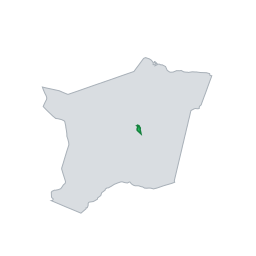 South Imenti, Eastern, Kenya (highlighted), rotated 251°
{"feature_id": "3690345B43224395015109", "entity_name": "South Imenti", "entity_type": "district", "adm_level": 2, "iso_a3": "KEN", "parent_name": "Kenya", "parent_adm1": "Eastern", "projection": "robinson", "projection_center": [37.719, -0.117], "detail": "fine", "context": "in_parent", "style": "filled", "palette": "green", "viewbox_px": 256, "rotation_deg": 251, "n_neighbors": 0, "source": "geoboundaries", "source_scale": "gbopen_adm2", "svg_char_len": 3625}
<svg xmlns="http://www.w3.org/2000/svg" viewBox="0 0 256 256"><g transform="rotate(251 128 128)"><path d="M61.5,154.5L61.4,151.3L61.8,143.1L61.8,135.9L62.1,132.3L63.7,130.0L64.4,128.3L65.0,126.0L65.8,124.1L67.6,122.6L68.0,121.7L69.9,119.2L71.1,115.9L72.0,114.7L73.1,113.7L73.9,113.2L75.2,112.6L76.2,112.3L76.4,112.0L76.5,111.5L76.2,109.5L76.6,108.8L77.3,107.4L78.1,106.2L78.8,105.3L79.2,104.5L79.4,103.1L79.4,102.0L79.4,100.4L79.2,96.6L78.4,93.4L77.8,89.9L78.2,88.7L77.6,86.6L77.2,86.5L76.7,86.1L76.0,84.1L75.5,82.3L75.2,81.9L73.0,80.3L71.8,76.6L70.6,75.8L69.9,72.1L69.8,71.1L70.5,67.4L70.4,66.6L69.7,65.8L67.6,65.0L65.9,63.5L66.1,63.0L66.2,62.4L65.3,62.1L62.8,55.8L66.1,52.1L69.5,48.3L73.8,43.4L77.8,39.0L81.2,35.2L84.3,31.8L84.2,32.4L84.3,33.3L84.6,33.8L85.3,34.2L86.1,33.8L86.9,33.3L87.7,33.2L92.3,34.6L93.0,35.8L93.0,37.2L93.2,38.1L92.8,39.1L92.4,42.0L92.5,44.7L93.9,46.7L95.2,48.3L96.1,50.5L96.9,51.1L97.9,51.5L101.0,51.6L105.7,51.7L110.2,51.9L110.6,51.9L111.6,52.2L115.7,55.2L119.5,57.9L122.8,60.3L125.9,62.5L128.9,64.8L131.3,66.6L133.6,67.2L137.4,67.5L140.0,67.5L142.4,68.3L146.0,69.0L148.6,69.4L150.3,69.8L154.7,70.3L155.5,70.0L157.5,68.0L159.7,64.6L160.5,62.8L163.4,61.0L168.4,58.4L172.0,56.6L175.9,54.8L177.7,56.4L180.2,58.9L181.3,60.1L182.2,60.7L183.5,61.1L185.2,61.1L186.0,61.0L187.9,60.7L192.1,60.4L194.6,60.4L192.5,63.7L190.1,67.7L185.6,75.1L182.1,78.9L179.5,81.9L179.3,82.4L179.3,85.6L179.3,93.6L179.4,109.5L179.4,125.4L179.5,141.4L179.5,149.3L179.5,152.0L181.8,155.3L184.0,158.6L187.0,162.9L188.6,165.3L188.8,166.0L188.8,167.6L186.3,170.8L184.3,172.3L181.7,173.0L180.8,172.9L179.8,172.4L179.4,173.2L179.1,174.4L178.5,174.1L178.0,173.8L178.3,175.9L178.6,177.0L178.2,178.4L176.9,179.7L176.7,180.8L173.9,183.5L169.9,183.8L167.8,185.2L166.9,186.3L166.2,188.8L166.4,192.6L165.3,195.5L165.1,197.0L163.0,198.9L162.1,200.6L161.4,202.4L160.9,203.1L160.2,207.1L159.2,209.5L158.9,210.3L158.7,211.0L157.9,212.4L157.5,213.4L157.1,214.0L154.7,220.2L152.8,222.9L151.3,222.6L150.3,223.7L150.2,224.2L149.7,223.9L148.4,222.9L145.9,220.8L143.3,218.7L140.7,216.6L138.2,214.6L135.6,212.5L133.1,210.4L130.5,208.3L128.0,206.2L126.4,205.0L125.8,204.3L125.3,202.8L125.0,202.5L124.3,202.0L123.5,201.9L123.3,201.6L123.3,200.9L123.6,199.9L124.5,198.0L124.6,196.9L124.4,195.6L124.1,193.6L123.9,193.1L122.2,192.0L118.6,189.8L115.1,187.5L111.5,185.3L108.0,183.0L104.4,180.8L100.9,178.5L97.3,176.3L93.8,174.0L90.2,171.8L86.6,169.5L83.1,167.3L79.5,165.0L76.0,162.8L72.4,160.5L68.9,158.3L65.3,156.0L64.0,155.2L62.8,154.5L61.5,154.5ZM179.8,176.3L179.2,176.5L179.5,175.4L181.3,174.0L182.0,174.3L182.2,174.7L182.2,174.9L181.8,175.2L179.8,176.3Z" fill="#d9dde1" stroke="#a8b0b8" stroke-width="1"/><path d="M118.3,138.4L119.8,138.6L121.3,138.8L122.8,139.0L123.0,139.0L123.3,139.2L123.4,139.3L123.5,139.3L123.7,139.5L123.8,139.5L124.0,139.6L124.3,139.5L124.3,139.4L124.3,139.5L124.5,139.5L124.6,139.4L124.8,139.4L125.0,139.4L125.3,139.3L125.4,139.2L125.5,139.2L125.7,138.9L125.8,138.9L125.8,138.7L126.0,138.5L126.3,138.7L126.4,138.8L126.4,139.0L126.5,139.1L126.8,138.8L126.9,138.7L127.0,138.6L127.2,138.4L127.3,138.3L127.6,138.0L127.6,137.9L127.4,137.8L127.5,137.8L127.4,137.8L127.4,137.7L127.2,137.5L127.2,137.4L127.1,137.5L127.1,137.4L126.9,137.4L126.9,137.5L126.9,137.4L126.7,137.4L126.4,137.4L126.2,137.4L126.1,137.5L125.9,137.5L125.7,137.5L125.7,137.4L125.4,137.3L125.3,137.2L125.2,137.1L124.9,137.0L124.9,136.9L124.7,136.8L124.6,136.7L124.5,136.8L124.4,136.8L124.4,136.7L124.2,136.7L124.1,136.4L123.9,136.2L123.7,136.2L123.4,136.1L123.2,136.0L122.9,136.0L122.7,136.0L118.3,138.4Z" fill="#22c55e" stroke="#15803d" stroke-width="1.5"/></g></svg>